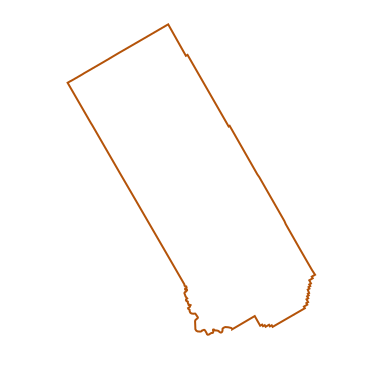 Malheur, Oregon, United States of America, rotated 150°
{"feature_id": "52423323B27805484985565", "entity_name": "Malheur", "entity_type": "district", "adm_level": 2, "iso_a3": "USA", "parent_name": "United States of America", "parent_adm1": "Oregon", "projection": "equal_earth", "projection_center": [-117.238, 43.221], "detail": "fine", "context": "isolated", "style": "outline", "palette": "amber", "viewbox_px": 384, "rotation_deg": 150, "n_neighbors": 0, "source": "geoboundaries", "source_scale": "gbopen_adm2", "svg_char_len": 2465}
<svg xmlns="http://www.w3.org/2000/svg" viewBox="0 0 384 384"><g transform="rotate(150 192 192)"><path d="M127.1,86.3L126.9,117.3L126.5,120.6L126.3,171.3L126.6,174.6L126.3,230.5L127.5,230.4L127.3,313.0L129.2,313.0L128.8,349.1L161.0,349.0L185.5,349.0L185.8,349.0L203.7,348.8L207.6,348.8L226.1,348.8L228.1,348.7L240.9,348.7L242.2,348.8L243.7,348.8L245.1,348.8L245.1,333.5L245.1,331.5L245.1,327.2L245.1,302.4L245.0,299.7L245.0,267.8L245.0,244.3L244.9,216.3L244.9,216.2L244.8,145.3L244.8,145.2L244.8,143.3L244.8,143.0L244.8,142.4L244.8,142.2L244.8,141.1L244.8,140.2L244.8,139.8L244.8,139.3L244.8,138.4L244.8,134.2L244.8,132.8L244.8,132.1L244.8,131.9L244.8,128.9L244.8,127.8L244.8,125.5L244.8,125.3L244.8,115.9L245.2,114.7L245.3,114.6L245.1,113.9L244.2,113.1L244.5,111.9L245.0,111.6L245.6,111.6L246.2,111.8L246.5,111.5L246.7,111.0L246.4,110.6L245.5,110.3L245.2,110.0L245.4,109.4L246.4,109.0L247.5,108.7L248.3,108.8L248.4,108.7L249.1,108.3L249.2,108.1L249.4,106.7L249.8,104.7L249.7,104.0L249.6,103.4L249.4,102.2L250.8,102.0L251.3,101.4L251.3,100.2L250.6,99.7L250.4,99.1L250.8,98.6L251.2,97.4L251.2,96.6L251.3,96.0L251.4,95.7L251.0,95.4L250.4,95.5L249.8,94.7L250.5,94.3L251.3,93.6L253.5,93.4L253.6,92.5L253.0,91.2L253.6,90.0L253.8,88.7L253.8,88.4L253.5,87.6L252.9,86.8L251.7,85.9L250.1,85.2L249.9,84.6L249.6,80.5L249.9,80.1L250.6,79.8L251.6,79.7L253.0,79.4L253.5,79.0L253.9,78.6L254.4,77.7L254.5,77.5L257.4,72.0L257.6,71.7L257.7,71.3L257.7,71.0L257.6,69.6L257.1,68.9L256.9,68.5L254.7,67.0L253.7,66.7L253.2,66.7L252.7,67.0L250.7,66.7L250.1,66.3L249.9,64.9L249.9,62.6L250.1,61.4L249.9,60.8L249.7,60.5L248.6,60.1L247.3,60.2L245.7,60.2L245.4,60.1L244.9,59.8L244.7,59.7L244.2,59.7L243.9,60.0L243.2,60.5L242.9,61.9L242.8,62.1L242.5,62.3L242.2,62.2L241.8,62.0L241.6,61.2L240.8,60.3L239.7,59.6L238.6,58.5L238.5,58.3L238.2,57.1L238.1,56.9L237.7,56.3L237.4,55.9L237.2,55.8L236.8,55.7L236.4,55.7L235.8,55.9L235.5,56.1L234.6,57.1L234.4,57.4L234.3,57.8L233.8,58.4L233.3,58.5L232.0,58.6L230.7,58.4L228.5,56.9L228.0,56.5L226.1,54.7L225.6,53.5L225.6,53.3L225.8,53.0L199.7,53.2L199.8,42.1L197.6,42.1L197.6,40.3L195.6,40.3L195.6,38.5L191.7,38.5L191.7,36.7L189.6,36.7L189.6,34.9L152.4,34.9L152.4,36.8L148.5,36.8L148.5,38.6L146.5,38.6L146.5,41.8L144.5,41.8L144.5,44.1L142.6,44.1L142.6,45.9L141.1,45.9L140.6,49.6L138.6,49.6L138.6,51.4L136.6,51.4L136.7,53.3L134.7,53.3L134.6,56.9L130.6,56.9L130.6,58.8L126.8,58.8L127.1,64.3L127.1,86.3Z" fill="none" stroke="#b45309" stroke-width="2"/></g></svg>